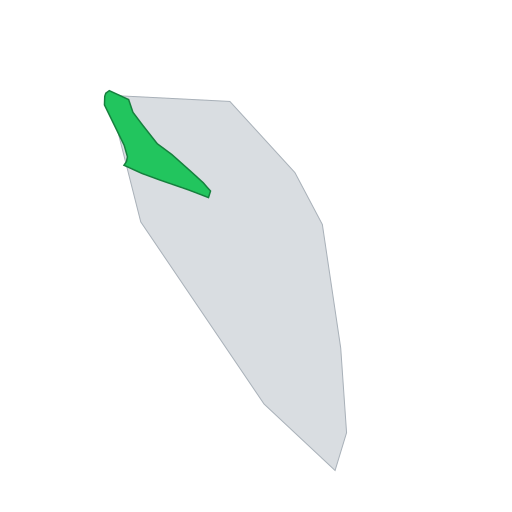 Saint Lucia, with Vieux Fort highlighted, rotated 144°
{"feature_id": "LCA-5086", "entity_name": "Vieux Fort", "entity_type": "Quarter", "adm_level": 1, "iso_a3": "LCA", "parent_name": "Saint Lucia", "parent_adm1": "", "projection": "equal_earth", "projection_center": [-60.953, 13.777], "detail": "fine", "context": "in_parent", "style": "filled", "palette": "green", "viewbox_px": 512, "rotation_deg": 144, "n_neighbors": 0, "source": "natural_earth", "source_scale": "10m", "svg_char_len": 615}
<svg xmlns="http://www.w3.org/2000/svg" viewBox="0 0 512 512"><g transform="rotate(144 256 256)"><path d="M329.2,351.3L280.7,472.6L186.3,396.4L175.5,300.6L183.8,242.5L241.6,131.7L286.6,59.8L318.1,36.0L336.5,131.5L329.2,351.3Z" fill="#d9dde1" stroke="#a8b0b8" stroke-width="1"/><path d="M309.5,407.0L305.3,408.5L301.7,411.8L297.6,422.9L289.8,467.3L284.5,474.1L281.8,476.0L277.5,476.0L267.1,457.4L271.1,444.6L270.8,428.6L269.9,404.9L264.4,387.4L258.7,361.2L255.6,346.1L255.2,341.0L254.6,335.3L260.1,331.2L271.7,349.1L289.0,373.8L299.8,389.9L309.5,407.0Z" fill="#22c55e" stroke="#15803d" stroke-width="1.5"/></g></svg>